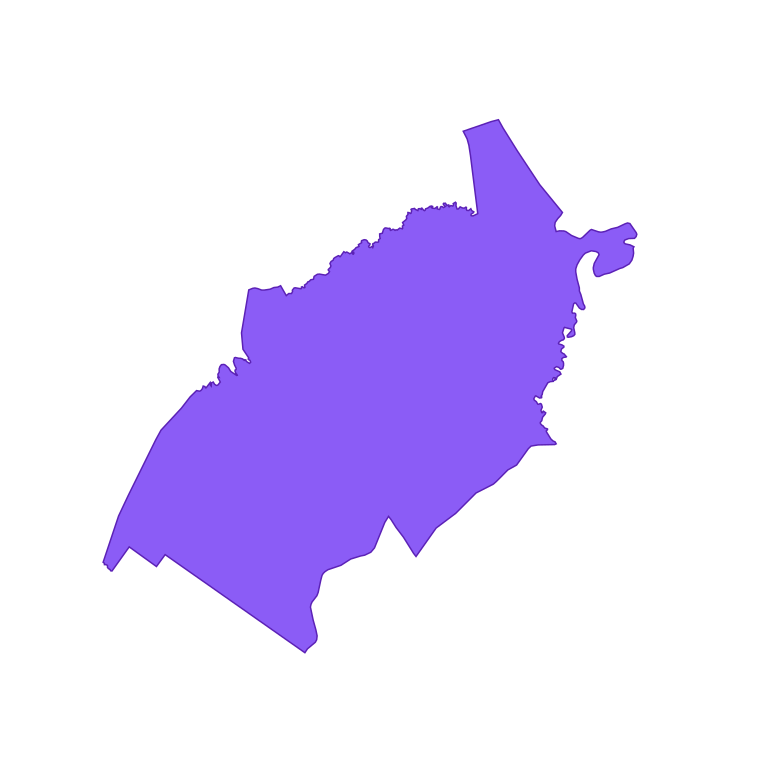 Fairfield, New South Wales, Australia (orthographic projection), rotated 296°
{"feature_id": "25037944B49484594449228", "entity_name": "Fairfield", "entity_type": "district", "adm_level": 2, "iso_a3": "AUS", "parent_name": "Australia", "parent_adm1": "New South Wales", "projection": "orthographic", "projection_center": [150.93, -33.867], "detail": "fine", "context": "isolated", "style": "filled", "palette": "violet", "viewbox_px": 768, "rotation_deg": 296, "n_neighbors": 0, "source": "geoboundaries", "source_scale": "gbopen_adm2", "svg_char_len": 6163}
<svg xmlns="http://www.w3.org/2000/svg" viewBox="0 0 768 768"><g transform="rotate(296 384 384)"><path d="M100.6,209.7L100.3,211.3L99.1,211.9L99.8,213.5L99.7,215.0L97.9,215.9L97.3,217.2L97.1,219.1L96.3,220.2L96.7,221.5L125.9,226.4L120.2,259.5L134.7,262.1L107.8,430.7L112.4,431.3L121.8,435.5L124.6,435.6L128.3,434.3L133.1,430.6L140.9,423.7L151.2,415.7L153.8,415.0L156.6,414.9L164.3,416.5L167.8,416.2L179.8,413.2L184.8,412.2L187.1,412.4L189.4,413.2L192.5,415.0L202.2,424.8L212.1,430.8L219.2,438.4L221.7,441.7L227.0,445.9L232.5,447.3L259.9,445.4L267.0,446.1L265.1,450.0L260.3,457.8L254.8,468.7L244.7,484.9L243.0,488.4L277.4,494.0L299.3,505.2L326.4,514.5L342.0,526.2L345.6,527.7L361.1,533.0L369.3,538.7L389.2,542.1L392.7,543.4L396.8,549.2L404.4,564.0L405.7,565.0L407.0,563.1L406.9,560.9L407.8,558.0L412.2,551.0L413.0,550.4L414.6,551.0L415.3,550.6L414.9,547.7L416.1,545.3L416.2,543.8L417.0,541.9L418.0,541.3L420.2,541.9L423.6,541.1L427.7,542.1L429.0,542.0L429.5,539.1L429.1,538.9L427.8,539.2L427.4,538.3L429.1,536.6L432.6,536.4L434.6,534.6L435.0,534.0L435.0,533.1L433.6,531.9L433.3,531.0L434.9,528.7L435.4,526.2L436.3,525.1L439.5,525.3L439.9,525.7L439.6,530.0L440.7,531.6L441.5,531.5L441.9,530.6L443.9,530.8L446.7,530.0L456.9,530.7L458.9,532.3L460.6,535.0L461.1,534.8L461.9,533.6L463.2,533.4L464.2,533.8L464.6,535.1L462.3,535.8L463.6,536.8L466.6,536.5L470.5,538.7L472.0,536.6L471.8,531.4L472.4,530.3L473.0,530.1L475.3,531.5L475.5,534.0L474.7,536.1L475.1,536.9L476.4,537.8L479.5,537.2L481.5,536.2L482.6,535.2L483.1,533.6L484.8,532.7L486.6,533.7L488.0,535.8L488.5,536.0L490.0,532.6L489.9,531.0L490.6,528.7L493.3,528.2L495.9,529.5L496.9,529.1L497.2,526.7L496.6,523.6L497.1,522.9L498.9,523.1L501.0,524.4L502.3,525.8L503.8,526.2L505.0,525.6L508.2,522.0L513.1,521.2L514.0,521.4L515.4,528.1L515.1,528.9L513.7,529.1L507.8,527.5L506.6,528.2L506.9,529.3L508.8,531.9L510.5,533.3L512.2,533.8L513.6,533.1L517.8,529.8L520.5,529.1L524.0,529.9L525.1,529.7L527.5,526.9L530.0,526.2L531.1,525.4L531.3,524.4L530.3,522.3L531.3,521.2L539.2,519.3L540.4,519.8L540.8,521.0L537.9,526.3L537.6,528.9L538.5,530.8L540.5,531.2L541.9,530.3L543.4,528.1L550.7,521.7L553.2,518.9L556.1,517.4L562.8,511.6L568.8,507.2L571.5,505.9L575.8,505.3L581.6,505.6L587.3,506.6L589.9,507.6L594.6,511.9L596.0,516.6L595.8,519.2L594.5,520.6L584.6,520.1L580.3,521.1L578.8,521.9L575.8,524.3L574.1,526.6L573.9,528.0L575.0,530.3L579.3,533.9L582.7,538.2L591.2,545.3L593.3,547.6L599.5,551.8L604.0,552.5L608.0,551.9L611.0,551.0L615.3,548.4L616.9,548.5L616.9,544.1L615.7,539.4L616.2,537.7L617.5,537.2L619.1,537.4L622.0,540.2L624.7,545.3L627.0,546.0L629.4,545.6L630.6,544.3L636.0,534.7L635.5,532.3L633.7,530.5L627.2,525.3L623.0,520.2L618.3,516.1L616.6,514.0L615.5,512.4L614.8,510.1L613.8,502.7L612.5,501.8L603.0,498.3L601.4,497.4L600.5,496.4L600.1,494.8L599.7,487.5L600.7,480.6L600.4,478.6L598.6,474.6L596.5,471.9L600.9,468.1L604.3,467.0L608.9,467.7L612.9,468.9L616.4,469.2L631.4,436.6L652.0,401.6L666.3,378.7L671.7,371.0L666.9,365.4L645.9,344.4L640.7,351.3L635.7,355.7L627.2,361.6L578.2,393.6L574.1,390.3L573.5,388.7L573.9,388.2L574.9,387.9L577.2,389.3L578.1,389.3L578.3,386.8L579.6,385.2L577.1,384.1L576.4,382.4L577.0,381.5L578.8,380.7L578.9,380.1L577.2,379.0L576.6,377.2L576.6,374.8L574.0,374.1L573.3,373.0L575.7,370.6L578.3,369.5L578.7,368.5L576.5,367.1L575.5,368.0L574.1,367.9L573.7,365.9L571.8,364.9L571.9,364.4L572.9,364.3L573.3,363.8L573.1,363.2L572.0,362.3L573.4,360.0L572.6,358.4L571.9,358.3L571.3,358.8L570.4,361.3L568.7,360.2L568.9,358.5L568.5,357.5L567.7,357.2L565.6,357.5L565.1,357.2L564.8,355.0L566.5,354.5L566.6,354.0L564.1,352.8L563.2,350.3L563.4,349.4L564.2,350.1L564.9,349.9L564.8,348.7L563.9,347.5L561.2,346.1L559.7,344.6L558.1,344.8L557.6,344.5L557.5,343.6L558.7,340.9L558.3,340.5L557.4,340.9L557.1,338.8L556.6,338.1L554.7,338.4L554.7,335.6L555.2,334.5L553.3,331.9L552.6,331.8L551.9,332.9L549.3,333.4L548.9,333.1L549.0,331.2L548.6,330.3L546.9,331.2L544.5,330.6L542.7,331.9L541.0,331.6L537.3,329.9L535.5,332.1L534.0,331.3L532.2,332.5L531.6,332.5L531.0,329.8L528.1,328.4L527.9,327.2L526.9,326.6L527.2,325.0L527.0,324.2L525.0,322.7L525.3,321.8L526.3,321.5L526.5,320.9L525.7,319.7L525.1,317.2L524.4,316.3L522.7,315.8L518.8,316.4L517.0,314.3L514.3,315.7L513.1,316.8L511.4,315.9L509.3,316.8L508.7,316.3L507.7,313.9L506.4,313.5L505.3,312.5L504.5,312.6L503.4,314.0L501.7,314.1L502.4,312.9L500.7,311.9L500.3,311.1L500.5,310.3L501.1,309.8L502.9,310.3L503.9,310.0L504.0,307.7L505.2,306.3L505.6,304.7L505.0,302.9L503.1,301.1L502.5,301.0L501.2,301.9L498.0,299.9L496.6,301.2L494.3,299.1L492.2,298.6L489.2,297.0L488.7,297.4L489.1,299.0L488.3,299.6L487.3,299.6L487.1,299.0L488.1,297.5L486.1,296.2L486.3,292.7L485.1,291.8L485.3,289.9L479.3,288.9L479.1,288.5L479.5,287.2L479.3,286.7L476.2,284.5L474.8,283.8L473.0,284.0L470.9,282.7L468.6,282.6L466.9,284.5L465.3,284.7L462.5,283.7L461.9,284.0L461.1,285.8L459.0,285.5L456.2,283.7L454.5,277.8L453.4,276.0L450.1,274.0L447.2,274.7L445.6,272.5L443.4,271.8L442.3,270.7L440.5,270.6L438.1,269.2L436.1,270.6L435.8,270.5L435.4,269.7L435.6,267.8L434.9,267.3L433.9,267.9L433.2,267.6L431.6,262.1L430.9,261.1L428.1,260.5L427.0,261.3L424.8,261.2L423.5,258.7L420.6,257.4L427.0,248.0L424.5,246.0L422.4,242.7L419.3,240.1L416.0,235.3L414.8,232.9L414.4,228.7L413.7,225.9L412.5,224.1L409.3,221.2L367.5,233.5L353.4,242.0L348.2,250.9L347.0,251.0L347.1,251.5L346.5,252.0L346.5,253.2L345.2,254.6L343.6,254.1L343.8,251.4L344.4,249.6L345.0,249.4L344.9,248.6L344.4,248.7L344.0,248.1L344.4,247.6L344.2,246.9L344.6,246.1L344.2,243.7L343.4,242.0L342.7,238.8L342.0,238.1L338.4,238.7L335.4,241.5L333.4,244.2L332.1,244.7L331.3,244.1L330.3,244.4L328.8,246.0L328.0,247.8L327.5,248.3L327.1,247.9L328.1,240.8L330.4,237.1L331.5,232.9L331.4,231.5L330.1,229.4L327.8,228.9L325.3,229.2L322.4,230.7L320.0,230.4L318.6,231.3L317.8,232.6L317.6,231.6L317.2,231.6L314.0,236.0L310.5,235.2L309.7,234.7L309.2,233.8L309.5,231.8L310.9,229.7L309.3,228.3L306.4,229.6L306.8,228.6L309.0,227.1L302.6,225.8L302.3,225.2L303.2,224.2L302.9,222.4L300.1,222.8L297.9,222.3L296.7,221.4L295.9,218.4L287.4,215.4L273.5,212.5L244.7,203.8L233.9,203.3L171.8,203.0L149.0,203.3L100.6,209.7Z" fill="#8b5cf6" stroke="#5b21b6" stroke-width="1.5"/></g></svg>